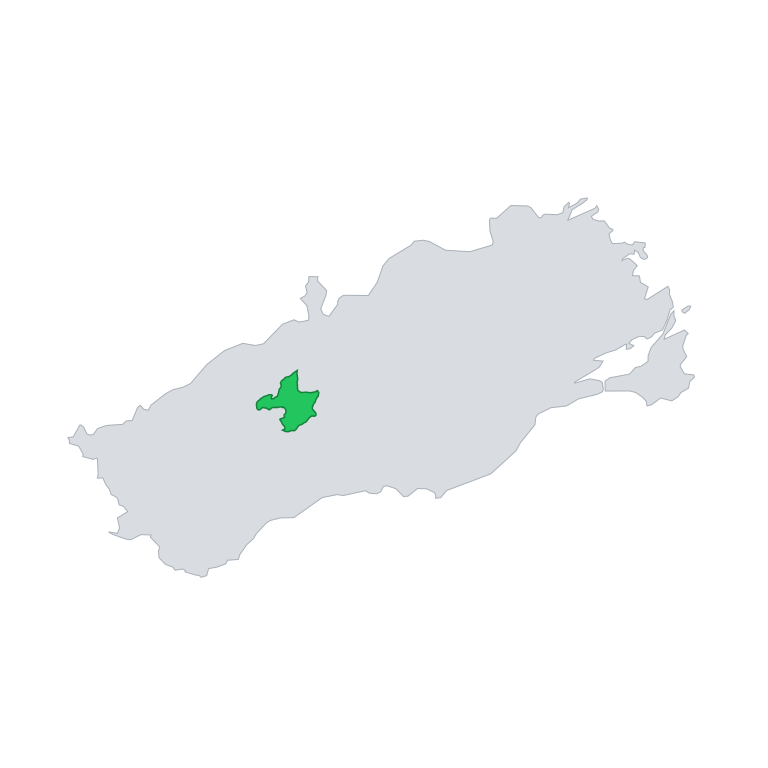 Turkey, with Malatya highlighted, rotated 157°
{"feature_id": "TUR-2284", "entity_name": "Malatya", "entity_type": "Province", "adm_level": 1, "iso_a3": "TUR", "parent_name": "Turkey", "parent_adm1": "", "projection": "natural_earth1", "projection_center": [38.295, 38.485], "detail": "fine", "context": "in_parent", "style": "filled", "palette": "green", "viewbox_px": 768, "rotation_deg": 157, "n_neighbors": 0, "source": "natural_earth", "source_scale": "10m", "svg_char_len": 5573}
<svg xmlns="http://www.w3.org/2000/svg" viewBox="0 0 768 768"><g transform="rotate(157 384 384)"><path d="M586.6,279.4L596.8,282.9L600.1,280.3L609.3,280.7L617.6,282.6L622.1,276.9L627.9,277.5L629.1,280.4L631.8,281.5L640.5,288.8L639.6,289.7L641.7,292.4L649.1,294.2L649.9,297.9L655.7,303.4L658.9,311.9L657.2,317.9L654.1,321.6L658.9,334.5L657.5,336.1L666.6,340.3L677.9,339.6L681.5,341.5L692.6,351.6L695.4,355.6L687.8,350.7L683.6,354.9L681.7,364.9L669.7,366.7L671.7,373.2L675.0,376.2L674.0,382.4L674.9,384.8L678.3,388.9L677.9,394.4L679.4,400.2L679.5,407.3L684.6,409.4L682.4,412.6L677.1,426.8L677.5,428.0L681.2,428.3L689.7,434.9L688.3,437.1L689.4,446.2L696.8,452.2L695.6,455.2L695.9,458.2L690.7,456.8L680.1,465.0L678.9,464.7L677.4,461.9L676.9,453.8L674.4,451.7L671.0,451.2L665.2,454.9L659.9,454.7L654.7,454.0L640.6,449.0L635.5,450.7L630.1,448.8L619.8,458.8L616.6,459.6L615.0,454.6L611.3,451.9L606.7,455.6L588.8,460.4L580.5,461.2L570.4,459.6L562.0,460.0L539.4,471.2L517.6,477.1L498.1,476.6L487.4,469.7L479.1,468.1L454.1,478.7L441.9,478.3L437.8,474.0L428.5,472.2L426.4,476.3L424.4,486.3L427.6,495.5L422.3,496.0L419.0,498.1L418.0,504.9L413.2,507.7L411.5,511.9L410.6,512.0L402.9,508.5L405.0,505.2L400.3,492.4L402.7,488.4L412.9,478.0L412.7,472.0L408.4,467.7L395.5,475.4L394.3,478.3L391.4,480.6L386.6,481.5L363.9,471.6L350.4,480.3L338.9,493.0L330.2,497.6L304.8,501.2L300.3,503.6L291.7,501.0L286.6,497.5L275.1,483.1L253.2,472.2L229.9,469.6L227.8,472.4L226.7,483.5L222.7,494.0L220.8,495.1L215.7,492.5L197.5,498.7L182.3,491.8L179.8,488.8L176.6,476.6L174.4,475.7L171.9,477.4L169.3,477.4L158.4,472.1L152.5,471.8L148.8,476.9L142.9,479.0L142.8,477.6L145.2,474.2L135.9,474.9L130.9,477.4L124.3,475.9L124.8,474.5L130.3,472.8L142.7,470.9L150.8,462.9L121.3,463.3L118.4,465.0L118.1,460.8L119.8,458.9L127.6,457.3L127.3,453.8L122.6,450.1L117.5,448.1L115.5,439.3L113.0,437.1L113.3,435.9L118.2,434.3L119.4,427.9L118.8,423.9L109.5,420.5L107.3,420.8L105.1,417.4L101.1,414.9L97.7,417.0L88.4,411.7L90.3,407.9L92.6,408.0L93.2,405.0L91.5,400.1L91.8,397.5L93.9,396.8L96.3,397.3L98.5,400.3L98.6,405.9L101.1,409.3L102.9,405.9L107.3,407.8L115.1,406.1L116.7,404.6L110.9,404.7L108.9,403.3L104.6,394.0L109.5,391.3L113.1,386.8L106.7,383.7L108.2,377.4L102.8,370.2L110.7,361.0L110.4,359.7L108.0,359.1L84.5,363.0L84.3,358.9L86.2,355.3L86.4,346.5L87.7,341.7L92.0,340.3L97.6,333.2L106.5,324.9L115.4,325.1L119.1,322.8L124.4,322.7L125.8,325.9L130.4,328.2L138.6,327.9L142.6,325.7L139.0,321.6L143.7,320.3L147.4,321.3L145.2,325.8L146.3,326.2L157.0,324.8L168.0,325.9L180.3,325.4L181.9,324.0L173.4,319.5L179.0,315.6L182.2,314.8L208.0,311.2L208.2,310.3L192.5,308.3L184.5,303.0L182.4,300.2L184.2,293.3L186.0,291.5L191.7,291.2L210.9,294.3L224.8,292.5L239.7,297.0L254.2,296.1L257.2,294.1L261.0,287.5L281.6,276.5L288.8,270.8L320.7,259.6L368.0,261.5L376.3,257.2L381.1,258.7L379.8,261.5L380.0,264.2L385.6,270.8L394.0,274.7L405.7,271.4L410.0,272.7L414.0,283.1L421.3,289.3L424.7,289.8L429.1,286.1L433.4,285.7L440.3,289.3L442.7,293.0L465.3,297.3L470.0,300.4L485.3,303.6L519.2,296.2L531.6,301.2L542.0,302.8L546.5,302.1L560.1,296.1L564.4,292.7L572.9,289.9L583.5,283.2L586.6,279.4ZM150.4,261.0L149.4,265.7L151.2,270.8L155.7,277.9L160.4,281.5L183.1,291.1L179.5,300.2L173.7,301.5L154.2,297.2L146.0,300.9L140.3,299.9L132.2,301.6L129.7,307.0L123.9,313.2L107.8,321.0L92.7,336.2L88.5,338.2L90.6,333.0L90.6,328.4L97.1,323.1L106.2,319.1L108.6,315.7L86.3,316.3L84.3,311.6L86.7,310.7L94.2,302.3L95.1,299.0L94.7,290.8L103.7,286.1L104.5,284.1L103.5,276.0L95.2,271.3L95.6,269.0L101.6,266.8L105.2,261.2L114.0,260.1L118.2,257.4L125.7,256.0L134.8,263.0L146.1,260.3L150.4,261.0ZM81.0,335.7L73.5,337.0L71.2,335.7L73.7,333.3L79.5,331.6L81.3,334.0L81.0,335.7Z" fill="#d9dde1" stroke="#a8b0b8" stroke-width="1"/><path d="M477.7,379.2L479.8,378.6L482.2,376.8L484.7,376.0L487.3,377.3L490.4,377.4L491.9,378.0L493.3,378.8L495.4,381.2L493.0,381.3L492.2,382.5L492.2,384.2L492.7,385.2L493.1,386.4L493.3,388.9L493.3,389.8L493.7,391.1L493.5,391.3L493.6,391.9L493.5,392.3L493.1,392.4L489.5,392.1L488.7,392.2L488.3,392.7L488.5,393.4L488.3,394.1L487.9,394.7L487.5,395.0L486.7,395.1L486.0,395.5L485.5,396.0L485.2,396.7L485.0,397.1L484.8,397.8L484.3,398.7L484.4,399.0L484.6,399.2L484.7,399.6L484.8,400.3L485.1,401.1L485.5,401.8L486.1,402.3L486.4,401.9L486.8,402.1L487.4,402.8L487.8,403.2L488.2,403.5L488.6,403.6L490.5,403.8L491.4,404.0L491.6,404.1L492.1,404.7L492.3,404.6L492.5,404.5L492.8,404.5L495.4,405.8L496.4,405.9L498.4,405.2L499.4,405.0L500.2,405.6L500.0,405.9L500.8,406.5L501.1,406.7L501.8,408.0L502.7,408.3L503.3,408.6L504.3,409.5L505.4,409.7L508.1,408.8L509.4,409.0L510.0,409.6L510.4,410.5L510.5,411.4L509.4,415.2L508.0,416.9L506.2,417.7L504.8,418.0L503.4,418.7L502.6,418.9L501.6,418.9L499.2,419.4L496.9,419.0L494.6,419.1L492.7,418.5L492.1,418.2L491.6,417.9L491.3,417.1L492.0,416.6L493.3,415.4L493.1,414.1L491.2,413.7L489.3,414.3L487.0,414.3L484.6,417.0L482.5,420.0L480.0,421.4L479.1,423.0L479.0,425.2L477.0,427.0L474.3,427.6L473.1,428.2L471.9,428.6L470.5,428.4L469.1,427.9L466.1,428.3L463.2,429.5L458.5,430.4L459.9,428.0L461.6,422.0L462.4,420.7L462.9,420.2L463.5,419.3L463.7,418.0L465.5,413.4L465.7,411.7L464.1,408.9L461.5,407.7L459.3,407.1L455.1,404.7L450.2,403.6L449.6,403.7L448.4,404.0L447.8,403.9L447.4,401.5L449.4,398.4L451.3,397.5L453.0,396.0L454.6,394.1L455.4,393.8L456.8,392.9L459.1,390.5L459.6,388.9L459.5,388.0L459.1,387.2L458.5,385.3L458.2,383.4L458.9,381.8L460.3,381.4L463.1,382.8L465.8,382.2L467.0,381.5L468.3,380.9L469.4,380.2L470.6,379.6L473.2,379.5L474.3,379.1L475.5,378.9L477.7,379.2Z" fill="#22c55e" stroke="#15803d" stroke-width="1.5"/></g></svg>